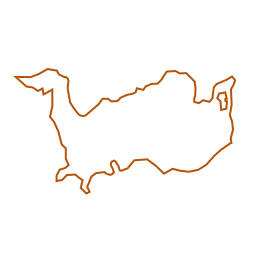 Bekabad, Tashkent, Uzbekistan, rotated 267°
{"feature_id": "79887680B93724335665185", "entity_name": "Bekabad", "entity_type": "district", "adm_level": 2, "iso_a3": "UZB", "parent_name": "Uzbekistan", "parent_adm1": "Tashkent", "projection": "robinson", "projection_center": [69.201, 40.442], "detail": "fine", "context": "isolated", "style": "outline", "palette": "amber", "viewbox_px": 256, "rotation_deg": 267, "n_neighbors": 0, "source": "geoboundaries", "source_scale": "gbopen_adm2", "svg_char_len": 1623}
<svg xmlns="http://www.w3.org/2000/svg" viewBox="0 0 256 256"><g transform="rotate(267 128 128)"><path d="M107.6,230.5L112.6,230.1L120.8,232.8L129.4,232.2L135.5,230.4L145.8,232.7L161.3,232.9L165.7,235.7L170.1,237.5L174.0,234.5L171.1,229.2L167.3,218.9L164.1,215.8L153.2,213.8L149.9,210.7L151.8,204.5L149.1,200.2L150.5,195.7L153.4,195.5L157.1,196.9L164.3,197.5L170.8,197.0L179.7,189.2L179.8,182.5L182.4,178.4L182.3,169.6L174.0,163.5L170.7,159.8L170.8,153.7L168.5,147.8L165.3,145.3L167.2,139.0L163.5,137.6L162.1,134.9L161.0,128.4L158.7,122.4L155.4,118.8L155.5,112.7L158.2,109.7L158.5,104.1L153.3,99.9L142.8,86.4L142.2,84.0L143.0,81.0L144.4,79.2L150.7,74.8L156.7,71.5L171.0,69.8L177.9,71.0L180.3,70.5L182.3,68.5L182.1,67.2L185.3,61.7L189.0,60.0L191.1,50.7L186.6,41.8L183.9,33.5L184.9,18.5L174.8,28.6L173.4,35.1L169.7,40.0L171.9,44.7L165.9,45.4L170.3,54.4L153.6,53.6L143.3,50.7L137.7,54.6L128.1,58.3L115.1,60.9L110.9,64.8L100.5,64.3L94.0,66.8L91.2,62.9L90.0,57.7L84.3,54.2L78.8,53.9L79.5,59.5L84.2,64.4L84.3,72.8L80.7,76.7L78.4,79.9L70.6,77.7L64.9,83.0L66.2,86.3L71.3,84.2L77.1,86.9L81.4,88.9L84.6,93.8L85.2,102.2L83.7,103.6L82.1,107.6L82.7,109.8L84.4,111.6L87.7,110.7L88.4,110.5L91.6,109.0L93.6,109.1L95.5,110.3L96.2,112.5L95.3,113.8L92.3,115.3L91.0,116.3L86.2,117.5L85.7,119.2L87.8,125.6L95.4,132.5L95.7,145.5L88.3,154.4L80.5,161.5L84.9,170.5L82.6,177.9L81.1,186.6L82.6,196.0L87.1,204.2L95.5,212.5L101.1,219.3L107.4,229.4L107.6,230.5ZM157.6,220.8L158.5,227.0L152.1,228.1L152.0,226.8L149.9,226.7L149.5,228.3L142.1,227.2L141.2,222.0L149.9,221.7L153.1,218.7L157.6,220.8Z" fill="none" stroke="#b45309" stroke-width="2"/></g></svg>